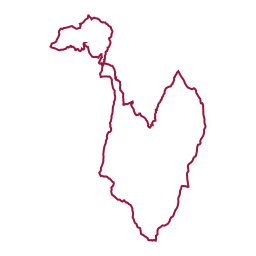 the district of Zapatoca, Santander, Colombia
{"feature_id": "7082276B90716501324077", "entity_name": "Zapatoca", "entity_type": "district", "adm_level": 2, "iso_a3": "COL", "parent_name": "Colombia", "parent_adm1": "Santander", "projection": "equal_earth", "projection_center": [-73.303, 6.849], "detail": "fine", "context": "isolated", "style": "outline", "palette": "rose", "viewbox_px": 256, "rotation_deg": 0, "n_neighbors": 0, "source": "geoboundaries", "source_scale": "gbopen_adm2", "svg_char_len": 5766}
<svg xmlns="http://www.w3.org/2000/svg" viewBox="0 0 256 256"><path d="M173.0,216.4L175.3,210.3L176.2,209.1L177.3,207.1L177.9,205.3L178.4,201.8L178.2,198.7L178.7,197.0L179.5,195.5L180.0,193.1L180.0,191.2L181.1,188.5L181.5,186.7L182.1,185.9L185.6,186.2L187.7,187.0L188.4,186.8L187.3,179.0L187.0,174.4L187.1,173.0L188.3,171.3L188.4,170.2L187.9,166.9L188.1,165.5L188.6,164.3L190.8,162.8L192.5,160.7L193.7,157.6L195.9,155.9L196.8,151.7L197.2,147.2L197.6,145.6L198.0,144.7L199.6,144.4L200.4,143.5L200.5,142.3L200.2,141.5L200.4,140.5L201.0,139.1L202.9,136.3L203.3,135.4L204.1,132.9L204.2,131.8L204.0,129.8L205.5,126.9L205.4,125.9L204.4,122.5L204.5,118.9L203.4,114.6L203.1,105.1L202.3,103.2L201.3,103.5L200.9,103.2L200.6,102.4L200.3,98.9L199.3,97.8L196.8,93.8L196.3,92.8L196.0,90.6L195.5,89.5L194.0,88.2L192.4,89.0L191.4,89.0L188.4,87.8L187.0,86.6L185.2,83.7L183.6,79.9L180.6,75.6L178.3,71.2L176.8,72.8L176.5,74.0L175.4,75.5L174.7,77.3L174.1,77.6L174.2,79.8L173.5,81.7L172.9,82.5L172.6,83.9L171.8,84.3L170.7,86.4L168.3,86.9L167.6,87.5L166.5,87.9L165.8,88.6L164.5,91.9L164.7,92.7L164.5,93.4L163.6,94.4L163.1,96.2L162.0,97.4L161.8,98.9L161.5,99.3L161.3,99.9L160.8,100.0L160.3,101.7L158.9,103.3L158.1,104.7L158.1,106.2L157.6,106.8L157.0,108.5L156.6,109.0L156.8,110.2L156.6,110.3L155.8,110.1L156.1,112.2L155.5,113.1L155.0,115.0L155.3,116.5L154.8,117.6L155.4,119.1L155.4,120.7L153.9,120.9L153.2,121.2L152.1,123.2L152.1,123.8L152.6,124.4L152.7,125.2L151.2,125.1L151.0,126.0L150.5,126.6L150.4,127.5L149.7,127.6L149.3,127.1L148.5,126.8L148.1,126.0L148.0,125.5L148.3,124.6L148.1,123.8L147.6,122.9L147.4,121.8L147.1,121.1L146.2,120.1L145.9,119.4L144.7,117.8L142.7,116.5L141.5,116.1L140.3,114.6L140.1,113.5L139.3,113.5L138.8,114.5L136.8,115.2L136.3,115.2L136.1,114.5L135.2,113.9L133.9,111.0L133.7,109.2L131.9,106.7L131.6,105.7L131.1,104.8L131.1,104.2L131.7,104.0L131.8,103.0L132.4,103.2L132.9,102.7L132.6,101.6L127.8,103.9L126.8,104.2L125.7,104.0L124.5,104.6L124.1,104.4L123.6,104.8L123.4,104.7L123.3,103.9L123.7,103.0L123.3,100.4L123.4,99.6L123.1,97.2L123.3,93.7L123.1,93.3L122.5,92.9L122.3,92.2L121.7,91.8L121.1,90.8L120.3,90.3L120.3,88.9L120.0,88.6L120.2,87.9L120.0,87.2L120.3,85.3L120.0,82.0L119.3,81.3L118.6,81.0L117.9,80.2L117.3,80.3L116.7,79.7L116.2,79.9L115.9,79.5L116.1,77.7L115.2,78.0L115.3,76.1L114.9,75.2L115.2,72.4L114.8,71.5L114.3,69.2L112.6,66.2L112.0,65.7L111.2,65.8L108.7,64.4L107.9,64.4L107.0,63.9L106.0,63.9L105.3,63.4L104.5,63.7L103.5,63.2L103.6,62.0L104.5,61.2L104.5,60.6L104.2,60.2L104.0,59.6L104.7,59.3L104.9,58.8L105.0,57.3L104.8,56.2L105.7,53.9L105.7,52.8L105.5,52.2L106.0,51.5L107.1,51.0L107.2,50.2L107.8,49.3L107.6,47.6L108.8,47.1L109.4,46.0L110.5,42.9L110.3,41.2L109.2,39.3L109.1,38.4L109.2,38.0L110.0,37.8L111.4,36.3L111.5,35.6L111.4,34.4L112.4,32.0L112.4,31.4L112.2,30.7L111.2,28.8L110.7,26.9L108.8,26.0L107.4,24.2L106.1,23.7L105.4,22.5L104.4,22.6L103.1,22.2L102.4,22.5L100.7,21.6L99.3,19.5L98.5,19.3L97.5,18.5L95.7,18.3L94.2,17.6L92.3,18.6L91.5,19.3L90.9,17.9L89.6,16.8L88.6,15.4L88.3,15.4L87.8,18.1L85.4,19.7L83.3,22.4L81.8,23.3L80.5,23.7L80.9,24.0L81.0,24.5L80.7,25.1L80.3,25.0L80.5,26.1L80.0,28.0L78.4,28.2L76.8,28.8L76.1,28.7L72.9,26.8L72.2,26.1L71.3,26.2L66.8,27.6L63.5,28.1L62.7,28.9L62.2,29.1L61.3,28.6L60.6,28.8L59.2,30.8L58.9,32.4L59.4,34.1L58.1,37.6L56.9,39.4L56.3,41.4L54.9,42.5L51.7,43.6L51.2,45.3L50.5,46.6L52.1,47.7L54.6,48.2L58.9,50.2L59.7,50.3L61.0,49.7L63.3,49.7L64.3,49.1L65.5,48.9L66.0,48.7L66.8,47.3L67.6,47.3L67.9,47.0L68.7,47.5L70.7,45.8L71.1,46.0L71.4,46.9L73.1,46.7L74.2,47.7L75.1,48.7L75.2,49.9L75.4,50.1L75.9,50.2L76.9,49.2L77.7,49.0L78.0,49.1L79.3,50.8L80.4,51.1L81.5,49.9L81.9,48.6L83.2,49.5L83.7,49.4L84.3,48.8L83.6,43.7L84.1,43.0L84.6,43.0L84.1,43.3L84.1,43.7L84.5,44.9L85.5,45.5L86.5,46.6L87.9,46.9L88.1,47.4L88.6,50.2L89.2,52.5L92.1,56.6L93.7,57.1L95.9,56.8L97.1,57.0L98.3,57.7L98.7,57.3L99.5,55.7L100.2,55.2L100.5,54.6L100.7,54.3L101.5,54.2L101.5,55.6L101.9,57.3L101.2,57.8L98.9,62.8L99.7,63.6L100.3,63.4L101.1,63.8L101.7,64.7L102.2,64.3L102.2,63.7L103.2,64.5L102.4,66.7L101.9,70.6L101.3,71.8L100.4,72.9L100.0,73.7L100.8,77.0L102.4,76.6L106.4,76.4L108.2,76.7L109.4,76.5L109.8,76.6L111.7,79.1L111.9,80.6L111.8,81.8L112.7,87.0L113.2,88.6L114.7,90.8L114.5,93.0L115.1,96.4L115.2,97.8L114.9,99.8L113.8,102.1L114.0,103.7L112.9,107.0L112.6,112.0L112.3,113.8L111.4,116.6L111.6,117.6L111.0,120.5L110.7,121.6L109.9,122.9L110.5,125.3L110.2,126.7L111.1,128.2L111.1,130.0L110.7,131.1L110.2,131.6L109.6,132.1L108.8,132.0L108.5,132.3L107.1,134.9L106.8,136.8L107.1,138.4L106.1,140.3L105.7,143.3L104.4,146.4L104.2,148.3L103.9,149.1L103.3,154.4L103.6,157.3L103.3,158.5L103.4,160.2L103.2,162.1L101.7,166.3L100.9,168.0L100.9,170.2L100.4,171.3L99.3,172.6L99.8,174.4L100.9,176.1L102.2,175.8L103.2,176.4L104.5,176.6L105.6,176.4L106.8,176.7L107.9,177.4L108.7,178.4L109.7,178.6L112.5,181.8L113.5,182.1L113.7,182.8L113.8,183.6L113.3,185.2L113.0,185.6L112.7,186.4L111.6,187.1L111.4,187.4L111.7,189.7L111.3,190.7L111.2,191.4L111.9,194.6L115.2,197.1L115.9,197.9L117.7,199.6L119.9,199.7L120.8,200.7L122.4,201.6L124.0,200.3L124.7,201.3L125.6,201.7L126.3,202.7L127.5,202.7L128.8,204.1L130.0,204.6L130.9,205.3L132.5,208.8L132.3,210.3L133.0,212.4L133.2,214.1L132.6,217.3L133.4,218.8L133.9,219.5L134.0,220.5L134.7,222.4L135.2,223.1L136.5,224.0L137.4,226.9L137.7,227.3L139.7,227.9L140.2,228.4L140.9,232.7L140.9,233.7L142.5,234.8L143.1,234.8L145.1,236.6L146.0,236.8L146.7,237.6L147.5,237.9L148.4,240.0L149.7,240.3L151.5,240.1L152.2,240.6L152.6,240.6L153.2,240.0L154.6,240.4L154.9,240.0L155.7,240.6L156.1,239.6L156.0,235.7L157.5,234.6L157.5,230.7L157.7,229.6L158.9,227.9L160.5,227.2L161.8,225.8L162.6,225.4L164.1,225.7L165.1,225.4L168.0,223.7L169.7,221.0L169.9,219.6L170.9,217.8L171.4,217.2L173.0,216.4Z" fill="none" stroke="#9f1239" stroke-width="2"/></svg>